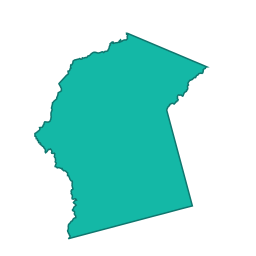 Espigão D'Oeste, Rondônia, Brazil, rotated 165°
{"feature_id": "56859067B68374393690028", "entity_name": "Espigão D'Oeste", "entity_type": "district", "adm_level": 2, "iso_a3": "BRA", "parent_name": "Brazil", "parent_adm1": "Rondônia", "projection": "mercator", "projection_center": [-60.711, -11.369], "detail": "fine", "context": "isolated", "style": "filled", "palette": "teal", "viewbox_px": 256, "rotation_deg": 165, "n_neighbors": 0, "source": "geoboundaries", "source_scale": "gbopen_adm2", "svg_char_len": 4224}
<svg xmlns="http://www.w3.org/2000/svg" viewBox="0 0 256 256"><g transform="rotate(165 128 128)"><path d="M36.0,166.6L39.9,169.7L42.2,171.5L43.9,172.8L48.7,176.5L55.1,181.5L60.1,185.4L63.8,188.3L65.9,189.9L68.5,191.9L69.1,192.4L103.9,219.5L104.9,219.9L105.1,218.8L104.1,218.6L104.6,217.0L105.3,216.3L105.2,215.2L105.5,214.3L106.2,214.0L106.9,213.5L108.9,214.0L110.4,213.8L111.2,213.4L111.9,213.3L112.2,214.0L112.4,215.1L113.9,214.2L113.5,213.1L114.2,212.9L115.0,213.4L115.9,213.1L116.7,213.3L117.9,213.5L120.0,213.5L119.9,214.7L120.8,215.1L121.1,214.2L121.9,214.8L122.8,214.3L123.7,213.8L123.5,212.8L124.5,212.1L125.0,211.4L125.3,210.7L125.9,209.5L126.7,209.0L127.4,207.9L128.6,207.6L129.6,207.8L130.3,208.0L131.2,207.5L132.0,207.2L132.6,208.1L133.6,208.3L135.4,208.0L137.6,208.1L138.3,208.6L139.1,209.0L139.5,209.5L140.4,209.5L141.0,210.0L142.3,209.9L143.8,209.4L145.1,208.8L145.8,208.2L146.8,207.8L147.9,208.0L149.6,206.7L150.7,207.1L151.6,207.1L152.3,206.9L153.0,207.1L153.9,207.6L154.7,206.5L155.8,206.6L156.6,207.6L158.2,207.3L159.2,207.5L160.1,207.4L161.9,207.5L162.8,207.2L163.8,206.8L164.1,205.8L164.9,204.5L165.5,204.1L166.2,203.4L167.0,203.7L167.8,201.6L167.5,200.7L168.4,200.4L169.0,199.3L169.8,198.5L170.5,198.4L171.3,198.4L171.4,196.8L171.5,195.9L172.1,195.4L173.0,195.1L174.0,194.7L174.7,194.2L175.8,193.5L183.2,188.8L183.2,188.0L182.7,186.5L182.4,184.7L182.1,183.5L182.7,181.2L184.2,180.6L186.3,180.1L187.3,177.9L188.1,176.8L188.9,175.9L189.3,174.6L192.7,173.0L193.8,172.1L194.5,171.8L194.7,170.7L195.3,169.8L196.2,168.0L196.8,167.1L196.5,165.7L196.8,164.9L197.7,163.6L198.5,162.5L199.2,159.7L199.3,158.3L199.8,157.8L200.0,157.1L200.3,156.4L201.8,154.6L203.3,154.3L204.5,154.6L206.7,155.5L207.4,155.0L207.9,154.1L208.4,153.1L209.3,152.6L209.8,151.6L210.8,150.9L213.3,151.3L213.2,150.3L213.7,149.2L214.9,148.4L215.6,148.3L216.3,147.7L217.4,147.5L218.0,147.1L219.3,146.8L220.0,144.1L219.1,143.5L219.4,141.4L218.5,141.1L218.5,140.2L218.6,139.4L217.8,139.1L218.0,138.1L218.1,137.0L216.9,136.6L216.4,135.8L217.1,135.3L216.8,134.7L215.9,133.7L215.3,132.4L214.5,131.9L214.3,130.5L213.6,129.1L213.5,128.3L213.7,127.5L214.2,126.3L213.9,125.4L212.4,126.2L210.3,127.9L209.1,127.5L208.4,127.9L207.9,127.0L207.6,126.1L207.6,124.8L208.2,124.3L208.2,123.4L206.9,122.8L205.6,122.7L205.4,122.1L206.1,120.3L206.6,119.4L206.4,118.7L205.9,117.8L206.2,117.0L206.2,115.8L206.6,115.0L207.1,114.1L206.3,112.7L207.0,111.7L208.0,110.4L208.4,109.6L207.1,108.8L206.7,107.8L205.4,107.7L204.5,107.3L203.2,106.3L202.1,105.9L202.4,105.1L201.6,104.1L201.1,103.3L200.1,103.2L199.1,102.1L198.5,100.9L197.9,100.4L198.7,97.7L197.8,97.5L197.4,94.8L197.4,93.9L197.0,92.6L196.5,91.6L195.7,91.1L195.7,90.1L196.3,89.2L196.3,88.3L196.9,87.3L197.0,84.6L196.9,83.3L197.7,82.8L198.4,82.9L198.9,82.4L199.4,81.4L199.3,80.4L199.9,79.4L199.5,78.5L199.3,77.8L199.3,77.1L199.4,76.4L199.8,75.6L200.2,74.9L200.2,74.0L199.4,73.4L198.5,73.5L197.0,73.2L196.5,72.4L196.4,71.6L197.6,71.8L200.0,70.2L199.7,69.3L199.1,68.7L198.6,67.9L198.1,66.9L199.0,66.5L199.7,65.9L200.7,65.6L202.0,63.8L202.7,63.5L202.9,62.6L201.3,61.2L201.6,59.6L202.1,59.0L202.0,58.1L201.3,57.0L201.6,54.9L203.1,54.9L204.3,54.4L205.9,52.7L207.1,52.5L208.2,51.6L208.7,51.1L209.6,50.7L210.5,50.0L211.2,48.4L211.5,46.7L212.3,45.1L212.9,44.5L213.0,43.4L212.7,42.8L212.7,41.6L212.3,40.8L212.4,39.9L211.9,38.9L212.2,37.9L212.9,37.2L214.3,36.5L206.7,36.5L134.7,36.3L132.0,36.3L131.1,36.3L126.6,36.3L115.4,36.2L98.5,36.2L96.9,36.2L86.0,36.1L86.0,37.0L86.0,52.0L86.0,100.0L86.0,110.7L86.0,135.1L85.5,136.1L84.6,137.2L83.8,138.1L82.0,139.0L81.8,139.8L80.6,140.2L78.9,140.4L78.1,140.1L77.3,139.2L75.6,140.2L75.1,140.8L74.2,140.8L73.8,141.4L72.8,141.5L72.2,142.6L72.7,143.6L72.2,145.0L72.1,145.8L71.2,146.7L70.3,146.9L69.6,146.3L68.1,146.1L67.2,144.7L66.5,144.8L65.8,145.8L64.9,147.1L63.9,147.8L63.0,148.1L62.1,148.3L61.6,149.5L60.8,149.5L60.1,150.6L59.7,153.2L58.4,153.9L58.7,155.3L57.8,156.6L55.8,158.1L55.0,157.9L54.0,158.4L53.3,158.2L51.8,159.2L50.3,159.6L49.7,159.2L49.2,159.8L48.2,161.0L46.8,161.1L45.6,162.2L44.5,162.1L43.5,162.2L42.4,161.6L41.4,162.0L41.0,162.9L40.4,163.8L40.4,164.7L39.8,165.2L37.9,165.6L37.5,166.3L36.7,166.7L36.0,166.6Z" fill="#14b8a6" stroke="#0f766e" stroke-width="1.5"/></g></svg>